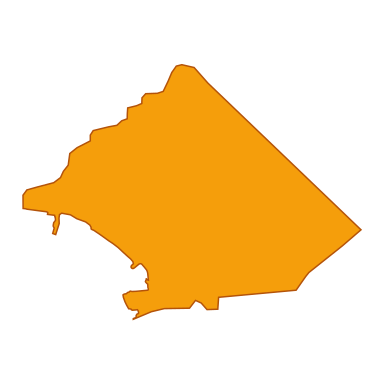 outline of Municipality C, Montevideo, Uruguay
{"feature_id": "84410073B88392224216277", "entity_name": "Municipality C", "entity_type": "district", "adm_level": 2, "iso_a3": "URY", "parent_name": "Uruguay", "parent_adm1": "Montevideo", "projection": "robinson", "projection_center": [-56.204, -34.87], "detail": "fine", "context": "isolated", "style": "filled", "palette": "amber", "viewbox_px": 384, "rotation_deg": 0, "n_neighbors": 0, "source": "geoboundaries", "source_scale": "gbopen_adm2", "svg_char_len": 1853}
<svg xmlns="http://www.w3.org/2000/svg" viewBox="0 0 384 384"><path d="M23.1,208.5L24.1,208.6L25.1,208.7L25.3,208.8L25.9,208.8L26.9,209.2L46.7,211.8L47.8,212.6L47.5,214.4L54.6,215.3L54.9,216.9L55.2,217.0L55.5,220.3L53.7,222.7L53.2,225.3L53.3,226.5L54.2,228.0L52.7,233.5L55.7,234.6L59.2,223.6L59.0,218.0L59.5,214.6L61.7,213.2L70.4,214.8L76.8,218.7L85.6,221.9L89.9,225.1L91.1,227.4L91.1,228.9L92.2,229.7L93.6,230.2L99.3,234.0L108.9,240.9L113.0,243.6L118.1,247.5L123.3,252.4L127.8,256.5L130.5,258.8L132.9,261.6L133.4,263.8L132.0,265.0L131.2,266.0L131.0,267.0L131.5,268.0L132.3,268.5L133.3,268.5L134.4,267.9L139.1,264.0L140.4,263.7L141.1,263.8L141.7,264.1L144.3,267.1L146.6,270.0L147.3,271.6L147.7,273.2L148.4,280.2L147.7,280.0L147.2,279.7L146.7,279.7L146.5,278.9L146.2,279.0L146.4,279.8L145.9,280.2L145.7,280.7L145.4,281.5L145.6,282.0L146.0,282.5L146.9,283.5L147.7,284.1L147.9,287.5L148.3,288.6L148.3,289.7L147.7,290.2L145.8,290.4L142.5,290.7L136.4,291.3L132.1,291.5L130.2,291.1L129.2,292.0L127.6,292.5L126.3,293.7L124.1,294.1L123.0,294.9L123.4,297.4L125.0,301.8L126.6,305.1L128.7,308.8L130.2,308.9L131.3,309.3L131.4,309.8L132.3,310.2L136.3,309.9L137.4,309.7L138.0,310.5L138.4,311.8L138.6,313.1L138.1,313.7L137.0,314.1L136.5,314.8L136.1,315.8L136.2,317.4L133.3,318.6L133.3,319.3L151.4,311.7L164.3,308.6L189.5,308.2L195.5,300.4L201.2,303.0L207.0,309.6L217.8,309.2L218.6,297.3L296.1,290.2L305.7,276.5L308.9,272.5L342.3,245.9L361.0,229.8L207.9,83.1L194.1,67.5L181.8,64.7L176.3,66.1L171.8,72.5L168.1,81.2L163.2,91.4L157.4,93.3L145.7,93.7L142.0,97.8L141.8,103.5L136.3,105.8L127.7,107.9L127.3,113.9L127.2,118.8L121.7,120.8L116.9,125.3L108.8,126.8L100.1,128.9L93.2,130.6L90.3,135.1L90.3,140.9L77.2,147.6L69.8,153.5L68.2,165.2L63.4,171.3L60.5,177.6L53.7,182.7L37.7,186.9L26.9,189.9L23.0,195.2L23.1,208.5Z" fill="#f59e0b" stroke="#b45309" stroke-width="1.5"/></svg>